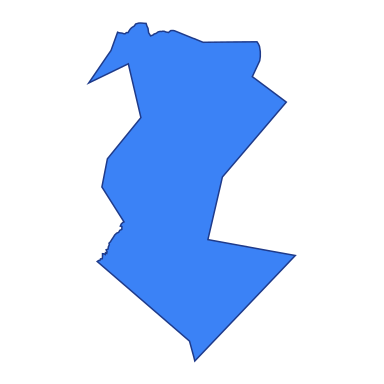 Canavieira, Piauí, Brazil
{"feature_id": "56859067B30232398883720", "entity_name": "Canavieira", "entity_type": "district", "adm_level": 2, "iso_a3": "BRA", "parent_name": "Brazil", "parent_adm1": "Piauí", "projection": "natural_earth1", "projection_center": [-43.636, -7.584], "detail": "fine", "context": "isolated", "style": "filled", "palette": "blue", "viewbox_px": 384, "rotation_deg": 0, "n_neighbors": 0, "source": "geoboundaries", "source_scale": "gbopen_adm2", "svg_char_len": 1262}
<svg xmlns="http://www.w3.org/2000/svg" viewBox="0 0 384 384"><path d="M97.2,261.5L189.5,341.1L192.9,353.6L193.8,356.9L194.8,361.0L295.3,255.5L268.1,250.6L207.9,239.6L219.6,189.2L222.4,177.0L245.3,150.2L286.3,102.1L254.0,77.9L252.3,76.7L259.7,60.8L260.3,56.5L260.3,51.7L259.5,46.4L258.5,44.1L257.0,41.8L231.1,42.0L203.1,42.3L196.0,39.4L194.7,38.8L193.3,38.4L174.6,30.8L173.1,30.5L170.7,30.6L168.5,32.5L165.9,32.0L164.3,31.3L162.7,31.2L161.5,31.5L160.1,31.4L158.1,31.9L156.1,33.4L154.1,34.0L152.8,35.1L150.6,35.9L148.6,32.7L148.0,28.3L146.9,26.0L146.1,23.4L144.2,23.3L142.0,23.1L140.3,23.0L138.6,23.1L135.6,24.0L134.3,26.0L132.2,27.3L131.2,28.1L130.1,29.3L128.9,31.1L128.1,32.6L126.4,32.6L125.0,33.8L123.8,33.7L122.0,33.1L119.1,32.8L117.6,32.2L111.0,50.5L107.3,55.8L88.7,83.0L128.3,63.8L128.9,66.3L140.9,117.6L107.4,158.8L101.9,187.0L124.0,221.9L122.8,222.5L121.3,223.9L120.3,226.1L121.9,226.5L121.8,229.4L119.8,230.3L118.6,232.4L116.7,233.1L114.7,235.0L113.8,236.5L112.9,237.9L111.8,239.5L110.4,241.8L109.0,243.2L109.3,244.7L108.3,246.9L108.1,249.0L106.1,249.8L107.0,251.6L106.7,253.4L105.5,252.7L105.3,254.5L104.0,253.8L102.5,253.7L102.5,256.2L102.3,258.7L100.5,258.9L99.9,260.4L98.6,260.5L97.2,261.5Z" fill="#3b82f6" stroke="#1e3a8a" stroke-width="1.5"/></svg>